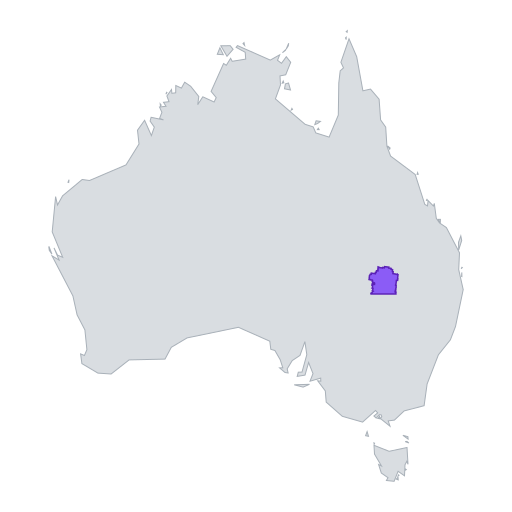 Paroo, Queensland, Australia (highlighted)
{"feature_id": "25037944B13506382949724", "entity_name": "Paroo", "entity_type": "district", "adm_level": 2, "iso_a3": "AUS", "parent_name": "Australia", "parent_adm1": "Queensland", "projection": "equal_earth", "projection_center": [145.53, -27.987], "detail": "fine", "context": "in_parent", "style": "filled", "palette": "violet", "viewbox_px": 512, "rotation_deg": 0, "n_neighbors": 0, "source": "geoboundaries", "source_scale": "gbopen_adm2", "svg_char_len": 6814}
<svg xmlns="http://www.w3.org/2000/svg" viewBox="0 0 512 512"><path d="M356.7,56.7L362.9,90.8L370.5,89.1L379.1,99.2L380.6,119.9L385.7,127.1L386.9,146.2L390.6,156.1L415.2,174.5L424.8,204.4L427.5,205.9L428.1,200.6L433.4,206.0L434.3,203.4L436.3,218.4L439.5,222.9L446.4,227.6L459.5,252.8L458.7,269.6L463.2,289.6L455.5,326.5L450.4,339.8L438.4,354.8L427.1,384.0L424.1,405.7L404.2,410.9L394.4,420.1L388.2,420.9L390.0,426.2L380.4,418.5L381.8,416.7L381.1,414.8L379.4,414.7L376.2,418.1L373.9,416.0L377.7,412.9L375.5,410.5L362.6,422.1L342.3,416.3L326.2,402.1L325.3,390.9L317.7,380.8L320.8,381.2L320.7,378.1L310.0,381.2L313.0,373.6L308.6,362.5L305.0,375.1L297.2,376.4L298.3,372.2L302.0,372.1L306.8,354.7L304.9,341.6L300.0,355.4L292.2,360.6L287.2,368.8L288.1,373.0L285.0,372.5L279.6,367.9L282.8,367.8L280.2,359.7L274.9,350.5L270.8,349.3L269.8,341.2L238.4,327.3L187.1,337.9L171.3,347.3L165.0,359.1L129.1,359.9L111.1,374.0L97.9,373.1L81.9,363.6L80.6,353.9L84.4,355.5L86.9,349.7L84.9,329.9L77.1,314.9L72.9,295.9L52.0,255.8L59.1,260.1L54.0,247.9L57.5,255.1L62.7,257.3L52.2,231.9L55.6,196.6L57.5,205.0L62.6,195.8L82.2,179.5L89.5,180.5L126.0,164.9L139.0,144.0L137.5,130.2L144.6,120.3L151.4,135.6L154.3,127.1L150.1,121.1L151.1,117.3L163.5,119.9L159.6,118.4L161.9,112.3L159.5,107.0L166.0,106.3L163.5,102.3L169.0,101.7L166.9,96.0L171.5,89.5L171.9,93.3L175.7,92.8L175.8,85.5L181.4,88.1L184.7,82.2L190.7,86.3L198.8,96.5L197.7,104.7L202.8,96.8L214.1,102.0L216.2,97.6L211.1,91.4L223.6,63.5L226.3,65.3L230.6,58.3L232.2,61.3L245.7,59.1L245.2,52.3L236.1,47.3L237.5,45.6L270.3,60.1L279.7,54.8L277.5,60.3L281.5,63.3L286.3,56.7L290.7,62.3L285.7,74.8L280.0,75.9L280.5,84.9L275.4,98.9L305.1,124.3L313.2,126.9L315.8,132.9L329.1,137.1L338.3,115.1L338.8,82.9L340.2,70.8L343.5,67.9L340.9,62.3L349.0,38.8L356.7,56.7ZM374.0,445.3L389.1,451.3L407.0,447.5L408.0,464.3L406.8,461.3L405.0,464.8L404.5,475.8L398.1,471.3L394.1,481.3L386.4,480.5L388.0,477.7L381.3,473.0L378.6,464.5L381.5,466.0L374.5,454.1L374.0,445.3ZM220.8,45.8L230.2,45.7L233.1,49.3L227.0,56.3L220.8,45.8ZM294.2,384.8L309.5,384.3L303.1,387.1L294.2,384.8ZM288.5,83.0L290.5,90.0L284.5,88.8L285.4,83.9L288.5,83.0ZM458.7,249.9L458.5,242.3L460.8,235.9L461.7,240.5L458.7,249.9ZM402.9,435.3L407.9,436.7L408.1,439.1L402.9,435.3ZM219.9,47.8L223.3,54.7L217.3,54.3L219.9,47.8ZM368.5,436.3L365.6,435.7L367.1,431.6L368.5,436.3ZM320.4,121.4L317.6,123.5L314.8,124.6L316.1,120.8L320.4,121.4ZM51.9,254.1L49.3,250.4L48.8,246.9L49.1,246.8L51.9,254.1ZM406.9,441.4L408.9,443.0L405.2,441.6L406.9,441.4ZM438.3,219.4L440.4,219.4L440.3,222.8L438.3,219.4ZM387.6,145.9L390.1,148.0L389.7,149.2L387.6,145.9ZM398.0,477.2L398.2,479.9L396.3,479.1L398.0,477.2ZM461.8,272.4L461.9,276.6L461.6,276.5L461.8,272.4ZM244.6,45.4L243.0,43.6L244.0,42.6L244.6,45.4ZM288.3,45.8L286.1,49.3L288.7,43.2L288.3,45.8ZM462.3,267.5L461.2,268.8L461.9,267.3L462.3,267.5ZM292.5,109.4L291.2,110.1L291.9,108.4L292.5,109.4ZM283.8,82.8L282.2,83.2L283.2,81.0L283.8,82.8ZM69.0,179.7L68.7,182.5L68.0,182.3L69.0,179.7ZM346.2,37.2L346.2,39.6L345.5,37.9L346.2,37.2ZM379.4,415.8L379.8,417.1L379.3,416.7L379.4,415.8ZM285.5,50.3L282.4,52.7L285.6,49.7L285.5,50.3ZM167.0,92.6L165.9,94.2L166.6,92.3L167.0,92.6ZM399.0,475.3L398.1,475.8L398.6,474.8L399.0,475.3ZM319.1,129.6L317.4,129.6L318.3,128.2L319.1,129.6ZM161.2,105.1L160.4,106.0L160.2,103.8L161.2,105.1ZM406.3,469.6L405.0,470.4L405.4,468.9L406.3,469.6ZM347.3,30.7L347.1,32.3L346.2,31.6L347.3,30.7ZM378.7,417.5L380.0,418.8L377.8,418.4L378.7,417.5ZM418.2,174.3L417.1,174.4L417.6,172.6L418.2,174.3ZM427.1,200.3L426.5,200.4L427.0,198.9L427.1,200.3ZM374.6,443.2L374.2,444.2L373.9,442.9L374.6,443.2Z" fill="#d9dde1" stroke="#a8b0b8" stroke-width="1"/><path d="M388.0,294.0L391.4,294.0L392.2,294.0L394.5,294.0L395.2,294.0L395.9,294.0L395.9,293.9L395.8,293.7L395.8,293.4L395.9,293.2L395.9,292.9L395.9,292.7L396.0,292.5L396.0,292.3L396.0,292.1L395.9,292.1L395.1,292.0L395.1,291.8L395.1,291.7L395.2,291.4L395.3,291.1L395.3,290.9L395.3,290.6L395.4,290.2L395.7,290.3L395.8,290.0L395.8,289.5L395.9,289.0L395.8,288.9L395.8,288.5L395.8,288.3L395.9,288.0L396.1,287.7L396.1,287.3L396.1,286.6L396.1,286.4L396.1,286.2L396.1,285.8L396.2,285.5L396.2,285.4L395.6,285.3L395.7,284.6L395.8,284.3L395.8,284.2L396.0,284.0L396.0,283.9L396.1,282.8L396.2,282.3L396.4,280.4L397.0,280.4L397.6,280.4L397.6,280.1L397.7,279.5L397.8,279.1L397.6,279.1L397.7,278.6L397.6,278.1L397.7,277.3L397.7,277.2L397.8,276.6L397.9,275.4L398.0,274.7L397.2,274.6L397.2,274.3L397.2,274.2L397.0,274.3L396.9,274.3L396.7,274.3L396.5,274.2L396.3,274.2L395.8,274.1L395.6,274.0L395.4,274.1L395.2,274.0L394.9,274.0L394.6,273.9L394.3,273.8L394.2,273.8L393.9,273.8L393.7,273.7L393.4,273.7L393.0,273.6L392.9,273.6L392.9,273.2L393.0,272.7L393.1,272.3L393.2,271.9L393.2,271.7L392.7,271.5L392.5,271.4L392.4,271.4L392.4,271.2L392.4,270.8L392.5,270.4L392.5,270.2L392.6,269.7L392.3,269.5L392.4,269.4L392.3,269.5L391.9,269.4L391.7,269.4L391.2,269.3L391.0,269.2L391.1,268.9L391.1,268.4L390.2,268.2L389.6,268.2L388.7,268.1L388.8,267.1L388.4,267.1L387.6,267.0L387.1,266.9L386.8,266.9L386.6,266.9L386.3,266.8L386.0,266.8L385.0,266.7L384.5,266.6L384.4,266.8L384.4,267.2L384.3,267.8L383.5,267.6L383.4,267.6L383.2,267.6L382.9,267.6L382.7,267.5L382.6,267.8L382.4,267.8L382.4,268.0L382.1,267.9L381.9,267.9L381.3,267.8L381.2,267.8L380.8,267.8L380.3,267.7L380.0,267.6L379.8,267.6L379.7,267.6L379.3,267.6L379.2,267.5L378.9,267.5L378.9,267.3L378.9,267.1L378.7,267.0L378.4,267.0L378.1,266.9L378.1,267.3L378.1,267.5L378.0,267.8L378.0,268.2L378.0,268.5L377.9,268.9L378.1,268.9L378.1,269.0L377.9,270.9L377.4,270.8L377.2,270.8L376.5,270.7L376.4,270.8L376.4,271.0L376.3,271.3L376.3,271.5L376.3,271.9L376.2,272.2L376.2,272.4L376.2,272.5L375.8,272.5L375.6,272.4L375.4,272.4L375.4,272.5L375.4,272.8L375.3,273.0L375.3,273.7L374.9,273.6L374.5,273.6L374.3,273.6L374.2,273.5L373.9,273.5L373.1,273.4L372.6,273.3L371.8,273.2L371.4,273.1L371.4,273.5L371.3,274.3L370.5,274.2L370.5,274.4L370.5,274.5L370.4,275.1L370.5,275.1L370.4,275.1L369.7,275.1L369.4,275.8L369.4,276.3L369.2,277.9L369.2,278.4L369.4,278.4L369.4,278.5L369.4,278.8L369.3,279.0L369.2,279.2L369.2,279.3L369.1,279.5L370.4,279.7L370.4,279.9L371.5,280.0L372.3,280.1L372.2,281.2L372.7,281.2L372.6,282.6L373.5,282.8L374.1,282.8L374.0,283.3L374.6,283.4L374.5,283.9L374.5,284.4L373.5,284.3L373.5,284.2L372.1,284.0L371.9,285.2L372.7,285.3L372.6,286.2L372.4,287.2L372.4,287.4L372.3,287.6L372.3,287.8L372.3,288.0L372.2,288.1L373.0,288.3L372.8,289.1L372.7,290.2L372.4,290.5L372.8,290.8L373.2,291.2L373.0,291.3L372.8,291.3L372.7,291.4L372.6,291.5L372.4,291.7L372.4,291.8L372.2,292.0L372.1,292.3L372.1,292.5L372.1,292.8L371.9,292.8L371.7,292.8L371.5,293.0L371.4,293.0L371.2,293.0L370.9,293.3L371.0,293.5L371.1,293.9L371.1,294.0L374.2,294.0L374.6,294.0L379.7,294.0L380.2,294.0L385.5,294.0L388.0,294.0Z" fill="#8b5cf6" stroke="#5b21b6" stroke-width="1.5"/></svg>